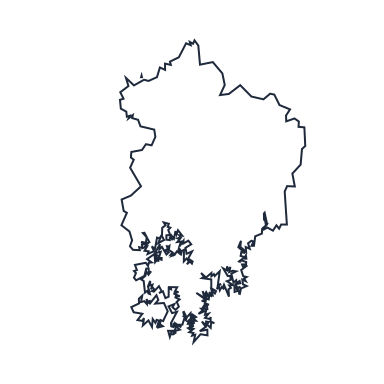 outline of La Chorrera, Panama, rotated 199°
{"feature_id": "35544464B93152851867893", "entity_name": "La Chorrera", "entity_type": "district", "adm_level": 2, "iso_a3": "PAN", "parent_name": "Panama", "parent_adm1": "", "projection": "orthographic", "projection_center": [-79.87, 8.978], "detail": "fine", "context": "isolated", "style": "outline", "palette": "slate", "viewbox_px": 384, "rotation_deg": 199, "n_neighbors": 0, "source": "geoboundaries", "source_scale": "gbopen_adm2", "svg_char_len": 5976}
<svg xmlns="http://www.w3.org/2000/svg" viewBox="0 0 384 384"><g transform="rotate(199 192 192)"><path d="M91.7,192.1L104.5,222.6L104.0,228.5L96.6,230.7L103.1,242.1L98.2,253.3L102.0,268.4L99.9,272.4L106.8,289.7L112.5,288.3L113.9,293.4L119.0,294.9L125.9,289.5L128.0,294.9L126.2,302.0L137.6,302.7L145.9,310.9L150.1,310.4L154.6,302.9L166.9,301.6L181.2,308.7L189.1,296.7L197.0,292.8L195.9,303.9L201.9,314.0L214.6,321.6L225.9,315.0L233.7,332.5L239.0,336.2L239.3,332.5L242.9,333.2L241.0,330.4L246.0,330.7L248.3,315.1L255.3,308.1L253.4,305.3L259.3,304.6L257.2,298.7L262.9,299.3L262.5,289.2L269.2,282.9L273.9,282.5L281.6,273.9L291.6,278.4L286.6,271.5L292.3,263.0L287.1,257.9L290.1,255.7L286.4,247.6L280.3,246.6L278.1,242.0L275.7,243.8L275.9,241.0L273.0,245.4L272.6,242.4L266.5,242.7L262.1,237.3L248.0,238.7L244.6,232.2L245.4,223.0L251.1,222.2L253.0,215.4L262.4,210.1L261.0,204.7L257.6,203.6L258.4,194.8L242.1,180.8L248.6,168.7L256.1,162.0L250.4,151.8L246.8,151.1L247.9,137.6L238.3,134.3L232.9,126.8L233.0,120.5L229.0,118.1L222.4,120.0L224.0,122.6L220.7,123.0L222.3,126.0L220.0,127.1L223.8,128.3L219.1,129.0L220.1,134.5L225.1,137.2L223.7,138.0L216.0,130.7L219.6,127.3L217.3,128.3L219.2,123.8L216.8,125.6L217.7,121.0L213.7,121.8L213.8,118.9L208.6,123.7L212.3,127.5L208.5,126.2L210.2,137.5L207.6,137.5L206.8,141.3L207.2,132.7L202.8,137.5L206.1,140.6L208.5,148.5L206.2,151.9L208.8,154.0L203.6,154.4L203.6,151.1L200.9,151.2L202.1,148.3L198.6,144.3L202.1,142.7L200.7,138.6L197.3,139.3L198.2,141.9L197.2,143.0L194.8,140.0L196.3,143.6L193.9,142.1L194.9,149.7L192.8,146.8L192.8,151.3L187.0,147.5L190.0,146.9L187.7,145.3L190.5,143.5L188.3,143.3L189.6,139.9L186.3,141.5L186.2,136.3L184.2,143.1L183.4,140.5L179.6,144.8L175.7,142.3L180.0,137.1L177.0,131.8L172.6,135.9L173.9,127.8L168.8,126.5L168.8,124.3L171.4,125.6L173.2,122.0L172.5,125.4L175.5,127.3L177.1,123.7L180.8,134.7L182.9,132.4L186.1,134.7L185.8,131.9L182.3,131.3L182.1,129.3L187.0,130.9L188.0,126.8L190.2,125.1L189.3,127.5L191.7,125.8L190.8,128.6L195.0,129.6L195.8,133.7L197.2,131.6L198.9,133.4L196.3,130.5L198.0,128.5L194.4,127.2L195.8,124.6L202.6,130.3L204.1,127.1L205.4,132.3L207.1,122.0L202.1,125.3L201.9,120.7L206.1,120.9L204.7,119.7L205.1,117.9L199.2,119.7L198.7,118.0L202.3,118.1L201.0,115.1L202.7,117.4L203.3,116.9L203.1,116.0L204.0,113.6L207.3,121.2L212.6,113.9L207.2,112.3L209.9,111.0L209.5,107.8L212.7,110.0L222.2,104.5L218.7,100.3L221.1,98.4L218.6,97.1L219.0,92.1L216.1,90.3L209.7,97.1L210.3,104.7L208.2,105.6L206.0,100.8L204.8,103.8L206.2,99.6L209.3,101.9L208.8,97.5L211.6,92.8L208.7,92.1L203.7,81.6L202.2,83.9L200.1,81.8L198.5,81.8L202.9,88.4L202.6,94.3L201.1,90.0L199.2,91.5L199.1,86.5L198.6,89.3L195.8,87.5L197.5,85.3L195.6,85.4L192.6,92.2L188.3,88.2L190.3,85.7L187.2,88.6L182.6,83.0L180.0,85.4L182.7,93.5L180.1,93.2L180.7,94.4L182.0,94.0L182.5,94.7L175.0,97.1L175.8,92.7L172.2,93.0L175.7,90.7L175.7,90.0L169.5,89.4L173.4,88.4L173.3,86.9L168.8,86.4L170.7,83.2L167.1,79.3L169.2,75.2L172.9,76.7L172.2,80.3L176.9,76.2L171.4,71.0L167.2,73.8L169.2,61.2L167.9,58.2L165.8,58.3L166.9,62.1L163.1,58.3L163.4,55.1L169.4,53.0L165.8,47.8L165.9,53.3L165.8,50.8L163.5,51.2L161.7,53.5L162.2,54.4L163.6,53.2L164.6,54.0L158.7,57.9L161.3,58.9L164.3,62.2L158.2,60.5L160.9,62.3L157.9,63.4L158.1,69.6L156.1,68.8L156.1,70.8L159.0,71.7L158.1,72.2L159.7,73.3L161.1,75.5L160.6,76.0L156.2,71.6L153.9,77.0L151.9,72.0L153.7,68.7L152.1,69.1L150.6,74.8L152.5,76.6L147.5,75.1L150.3,72.3L148.4,72.4L146.3,71.5L151.0,69.8L146.8,68.6L153.0,68.2L153.1,66.0L148.6,67.1L151.0,64.0L146.7,66.1L151.4,62.0L148.7,61.3L149.2,63.0L146.0,63.1L148.9,58.6L144.8,59.2L145.1,56.2L142.5,58.1L141.6,50.6L137.6,60.3L130.7,61.5L132.7,66.8L139.4,63.0L135.1,68.9L140.5,72.7L135.3,70.6L136.5,74.1L133.8,74.6L134.7,71.6L130.1,69.6L131.5,75.2L128.1,75.2L132.4,75.8L133.6,79.9L133.8,77.7L138.7,77.2L136.7,82.4L139.8,80.2L140.0,84.6L146.2,78.9L143.3,83.7L145.2,84.6L139.4,86.4L140.8,89.3L142.9,86.8L144.1,86.6L143.5,89.1L139.3,91.0L143.6,91.0L143.5,94.3L144.2,92.7L147.3,92.1L144.1,94.7L155.1,98.0L145.6,95.9L149.7,101.8L145.3,97.1L144.9,98.5L146.2,100.7L146.0,102.0L143.5,99.8L144.2,96.0L141.2,95.9L142.1,100.4L138.9,99.6L143.3,102.8L139.1,101.5L141.6,105.5L137.3,103.5L137.0,106.2L142.4,107.2L145.3,115.6L154.6,113.8L153.0,115.8L157.1,118.4L150.9,115.7L147.3,121.8L146.2,118.7L144.6,121.5L143.2,119.9L140.0,126.1L137.3,112.6L134.6,114.5L137.0,111.3L136.8,108.3L135.6,111.1L133.7,108.1L133.0,111.9L130.0,110.4L131.7,112.2L131.6,114.8L123.0,105.1L125.8,111.9L124.0,114.0L126.5,115.8L122.7,117.4L130.0,119.0L126.8,121.6L128.6,125.1L130.9,124.2L137.6,129.9L133.4,129.3L134.7,133.1L132.2,130.6L131.2,133.6L130.8,128.4L127.9,130.8L124.5,131.3L128.2,127.5L123.3,119.9L121.5,122.9L120.5,120.4L118.0,123.4L116.6,121.4L120.8,119.0L117.9,116.2L115.4,118.2L117.6,114.5L121.0,116.2L119.2,111.4L115.5,114.1L114.3,111.2L113.6,111.2L114.3,116.7L109.7,120.9L113.7,121.3L115.9,125.6L112.2,125.2L114.5,127.2L112.7,129.4L116.2,129.1L120.1,134.3L115.8,140.6L119.3,137.8L121.1,139.8L117.4,141.1L117.9,143.4L123.0,143.5L123.8,141.7L124.6,141.5L125.0,141.6L122.2,145.7L118.9,146.6L120.4,149.7L120.8,147.6L125.2,147.4L125.8,151.2L121.9,151.6L130.2,154.9L129.8,161.8L128.5,155.9L121.4,153.1L123.3,157.5L118.9,157.1L122.3,161.7L120.0,165.2L117.7,165.3L118.2,160.5L115.9,161.3L117.8,170.7L112.4,175.4L113.7,180.2L111.2,184.5L112.9,187.6L111.6,186.8L111.1,187.0L114.9,189.3L117.0,195.1L116.6,196.1L110.5,186.0L112.6,179.2L109.1,182.9L102.9,181.8L101.3,188.0L97.7,185.7L97.1,190.3L91.7,192.1ZM195.0,49.8L191.4,56.4L185.9,51.4L187.8,59.1L184.0,56.4L183.8,59.6L181.4,59.7L181.1,52.3L179.6,56.0L179.6,53.1L175.9,55.6L179.2,56.5L180.0,60.7L177.3,60.5L176.1,71.3L182.4,77.9L190.4,74.5L188.7,79.0L192.0,82.8L195.5,72.8L197.4,73.2L195.8,75.9L198.2,73.9L200.1,76.1L198.1,71.3L201.6,73.2L204.4,71.4L205.3,77.9L207.5,73.7L205.8,69.4L211.9,63.4L208.0,59.3L199.3,60.7L201.8,53.2L197.2,53.9L196.3,57.1L195.0,49.8ZM277.6,285.7L277.5,284.0L276.7,284.3L277.6,285.7Z" fill="none" stroke="#1e293b" stroke-width="2"/></g></svg>